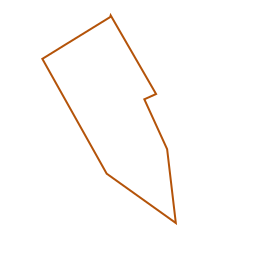 52, Ar Rayyān, Qatar (Mercator projection), rotated 240°
{"feature_id": "91078587B99921066988790", "entity_name": "52", "entity_type": "district", "adm_level": 2, "iso_a3": "QAT", "parent_name": "Qatar", "parent_adm1": "Ar Rayyān", "projection": "mercator", "projection_center": [51.454, 25.306], "detail": "fine", "context": "isolated", "style": "outline", "palette": "amber", "viewbox_px": 256, "rotation_deg": 240, "n_neighbors": 0, "source": "geoboundaries", "source_scale": "gbopen_adm2", "svg_char_len": 304}
<svg xmlns="http://www.w3.org/2000/svg" viewBox="0 0 256 256"><g transform="rotate(240 128 128)"><path d="M143.4,169.3L234.2,169.3L233.0,168.1L233.0,167.8L231.5,115.1L230.7,88.5L230.7,88.4L99.1,86.7L21.8,121.9L90.1,151.3L144.7,156.5L143.4,169.3Z" fill="none" stroke="#b45309" stroke-width="2"/></g></svg>